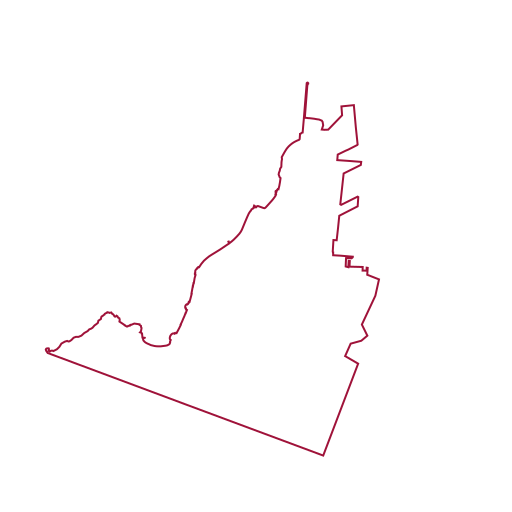 outline of Municipality B, Montevideo, Uruguay, rotated 116°
{"feature_id": "84410073B6453147989031", "entity_name": "Municipality B", "entity_type": "district", "adm_level": 2, "iso_a3": "URY", "parent_name": "Uruguay", "parent_adm1": "Montevideo", "projection": "robinson", "projection_center": [-56.188, -34.909], "detail": "fine", "context": "isolated", "style": "outline", "palette": "rose", "viewbox_px": 512, "rotation_deg": 116, "n_neighbors": 0, "source": "geoboundaries", "source_scale": "gbopen_adm2", "svg_char_len": 4999}
<svg xmlns="http://www.w3.org/2000/svg" viewBox="0 0 512 512"><g transform="rotate(116 256 256)"><path d="M223.1,135.2L224.1,147.8L217.7,150.4L218.0,151.4L220.7,150.2L222.4,153.8L219.1,155.3L224.6,167.3L219.4,169.5L219.8,170.5L225.6,168.1L226.1,170.8L222.7,172.3L218.5,174.1L216.2,169.1L214.8,168.5L214.2,168.7L218.7,180.3L221.5,187.0L219.4,188.0L219.5,188.1L218.3,189.0L207.7,193.4L206.5,190.4L194.7,194.6L183.3,198.8L166.8,186.4L158.2,189.9L158.1,190.7L172.7,201.9L172.6,202.9L143.4,213.4L128.2,201.7L125.3,202.7L128.6,211.1L130.2,215.1L134.2,225.0L129.0,227.0L122.1,221.6L119.9,219.7L111.8,213.6L111.3,213.5L96.4,222.8L77.5,234.2L84.1,244.8L91.8,240.3L110.8,246.5L112.6,249.9L113.5,252.3L109.1,252.9L107.7,253.9L106.3,254.9L105.5,256.2L105.7,259.1L106.4,261.3L106.7,262.3L107.1,263.8L108.2,267.0L108.7,268.4L109.3,269.8L109.8,271.4L110.4,272.7L79.3,285.0L79.2,284.8L78.8,284.9L78.3,284.6L77.8,284.8L77.7,285.1L77.6,285.3L77.5,285.6L77.7,285.9L78.0,286.1L78.4,286.2L112.4,272.9L124.6,268.2L125.0,268.7L125.5,269.1L127.0,269.6L127.1,269.9L129.3,269.0L131.3,268.2L132.0,268.0L132.8,268.3L134.1,269.5L135.6,270.7L137.3,271.9L139.0,272.9L140.9,273.8L143.2,274.7L145.9,275.4L148.2,275.7L150.6,275.9L155.9,276.2L157.5,275.1L159.0,274.7L160.5,274.2L164.8,272.3L166.9,272.6L169.1,272.0L171.0,271.9L172.8,271.4L174.1,270.0L174.8,269.3L175.2,268.1L179.2,266.8L182.7,265.8L184.1,265.5L186.0,265.1L186.0,265.5L186.5,265.7L186.5,265.8L188.0,265.8L188.0,266.1L188.4,266.1L188.5,266.4L188.8,266.7L189.2,266.8L189.6,266.6L189.9,266.4L190.0,266.0L190.3,266.0L190.3,265.6L191.8,265.6L191.8,265.4L192.0,265.4L192.1,265.1L192.3,265.1L192.3,264.9L193.6,264.9L194.9,265.1L197.1,265.5L199.2,266.0L205.9,267.9L208.5,268.7L209.3,269.3L209.6,270.4L210.2,276.0L210.5,276.6L210.9,276.9L211.4,277.1L211.9,277.1L211.9,277.5L212.0,277.9L211.7,277.9L211.7,278.2L212.7,278.1L213.0,278.3L213.0,279.2L212.1,279.3L211.7,279.4L211.5,279.6L211.5,279.8L212.2,279.7L212.8,279.5L214.7,279.5L215.3,280.0L216.1,280.5L217.2,280.4L218.5,280.8L220.9,281.1L224.8,281.0L230.5,280.7L236.9,280.3L238.6,280.2L240.8,280.3L242.0,280.5L243.2,280.7L247.0,281.8L251.1,283.2L253.7,284.3L256.3,285.6L255.0,286.9L255.2,287.1L256.6,285.7L259.3,287.3L265.9,291.1L270.5,294.0L274.1,296.3L276.9,298.0L279.9,299.4L283.0,300.7L287.1,301.7L290.9,302.2L290.9,302.6L291.0,302.8L291.5,302.9L291.5,303.0L291.7,303.3L292.8,303.3L292.8,303.6L293.3,303.7L293.8,303.8L294.2,303.9L294.6,304.0L295.0,304.1L295.3,304.1L295.8,304.1L296.2,304.0L296.6,303.8L297.0,303.6L297.4,303.5L297.7,303.4L297.9,303.4L297.9,303.2L298.9,303.0L299.0,303.0L299.1,302.9L299.1,302.7L299.3,302.7L299.5,302.7L299.7,302.4L299.7,302.0L302.7,301.5L307.7,300.0L307.8,300.3L310.8,299.4L310.8,299.6L312.1,299.2L318.2,297.5L318.2,297.2L322.2,296.4L326.3,295.6L326.4,296.0L327.0,295.9L327.0,296.3L328.6,296.1L329.0,296.1L329.3,296.3L329.5,296.4L329.6,296.8L329.9,296.8L330.0,297.2L330.3,297.4L331.1,297.6L332.1,297.6L333.1,297.2L333.5,296.9L333.6,296.6L333.6,296.3L334.0,296.2L334.0,295.8L334.2,295.6L334.5,295.4L334.8,295.3L334.8,294.4L338.2,294.1L338.2,294.3L341.3,294.0L344.3,293.9L347.6,293.7L350.7,293.7L350.8,293.4L354.7,293.4L360.1,293.6L360.1,294.2L360.5,294.3L360.8,294.5L361.0,294.8L361.0,295.2L361.6,295.2L361.7,296.2L362.1,296.8L362.6,297.2L363.3,297.6L364.0,297.8L364.7,297.9L365.4,298.0L366.1,297.9L366.7,297.8L367.4,297.6L368.0,297.3L368.5,296.9L368.8,296.3L368.9,295.8L369.5,295.8L369.8,295.8L370.0,295.8L370.2,295.7L370.5,295.7L371.1,295.6L371.3,295.3L371.7,295.2L372.8,295.1L373.6,295.4L374.4,296.0L375.1,296.5L376.1,297.7L379.0,302.1L379.9,303.9L380.8,306.0L381.4,307.8L381.8,309.7L382.2,311.5L382.2,313.5L382.3,315.3L382.2,317.3L382.0,318.3L381.7,319.1L381.3,320.1L380.6,320.8L379.1,321.7L378.3,319.9L378.2,319.3L378.2,319.9L379.1,322.3L375.7,324.4L375.8,324.7L375.5,324.9L375.3,325.3L375.3,326.2L375.4,326.7L374.0,326.4L370.9,327.3L370.3,328.1L369.2,328.8L368.9,330.8L368.5,330.9L370.1,335.8L372.6,338.0L372.6,338.3L373.2,338.9L373.9,338.8L374.9,340.3L375.4,340.4L376.0,341.0L376.0,342.2L375.9,343.4L375.7,343.4L375.6,344.2L374.8,350.0L373.1,350.5L371.9,351.5L371.8,353.0L371.0,354.0L370.8,355.2L372.0,355.6L372.3,356.1L372.3,356.6L372.2,356.9L371.7,357.5L371.0,358.9L371.1,359.7L370.2,361.3L371.4,362.8L371.3,363.3L371.7,365.0L372.3,365.0L373.4,366.0L374.3,366.6L375.1,366.5L375.6,366.9L377.2,367.6L377.9,368.2L378.5,368.3L380.7,367.8L383.2,369.3L385.4,368.8L387.2,369.6L389.2,370.7L392.2,371.5L393.8,372.5L395.0,373.7L397.3,374.4L400.5,376.6L404.1,378.0L406.5,380.1L407.7,382.5L409.4,384.1L412.5,385.1L414.5,386.3L415.1,387.2L415.1,388.5L416.8,390.3L420.0,392.5L423.8,392.9L427.0,394.0L430.1,396.3L430.3,396.5L430.2,397.1L430.5,397.8L430.9,398.6L431.7,399.2L432.2,399.4L432.2,400.1L432.1,400.8L431.6,400.8L430.4,401.3L429.9,401.8L430.1,402.4L430.8,403.5L431.3,403.9L432.3,403.9L433.2,403.0L434.5,400.7L420.3,254.9L405.9,108.1L308.0,117.0L306.9,132.0L293.3,132.5L286.0,124.2L278.8,121.0L271.2,130.8L239.4,131.3L223.1,135.2Z" fill="none" stroke="#9f1239" stroke-width="2"/></g></svg>